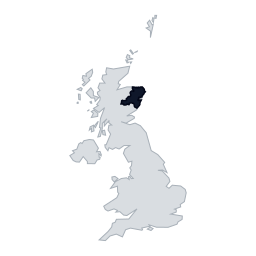 Aberdeenshire on a map of United Kingdom (Mercator projection)
{"feature_id": "GBR-2013", "entity_name": "Aberdeenshire", "entity_type": "Unitary District", "adm_level": 1, "iso_a3": "GBR", "parent_name": "United Kingdom", "parent_adm1": "", "projection": "mercator", "projection_center": [-2.632, 57.223], "detail": "fine", "context": "in_parent", "style": "filled", "palette": "ink", "viewbox_px": 256, "rotation_deg": 0, "n_neighbors": 0, "source": "natural_earth", "source_scale": "10m", "svg_char_len": 6127}
<svg xmlns="http://www.w3.org/2000/svg" viewBox="0 0 256 256"><path d="M137.0,208.9L126.9,215.5L123.7,215.1L119.9,211.7L115.8,212.1L117.5,210.4L114.0,208.9L108.0,211.0L105.3,209.5L103.7,206.2L116.8,197.7L118.8,193.5L117.7,192.2L117.4,186.2L110.5,188.4L115.4,181.7L121.4,178.5L126.5,177.8L129.2,179.5L128.4,176.8L129.6,176.2L131.3,178.6L133.3,178.5L129.6,174.5L131.2,170.1L129.8,167.9L131.5,165.6L131.9,161.2L128.4,162.2L123.4,153.4L124.9,149.1L129.9,145.5L123.9,145.6L119.1,149.0L115.6,147.6L112.5,149.4L109.0,147.7L107.9,150.8L105.2,147.4L104.8,144.8L106.2,144.7L110.6,134.1L108.1,130.0L108.9,125.2L111.7,125.0L108.7,122.6L109.2,120.4L104.3,126.0L104.2,122.3L106.9,118.8L102.3,123.3L102.3,128.5L100.3,136.5L97.8,137.0L100.9,127.9L99.5,127.6L100.5,118.4L104.6,107.6L99.1,112.4L93.5,108.4L98.2,105.5L96.7,104.5L99.9,100.2L100.2,97.3L97.5,94.1L97.4,92.2L100.0,90.5L98.0,87.8L99.7,83.1L105.0,83.1L101.9,78.9L102.8,75.1L106.7,74.6L105.8,71.9L106.6,67.8L113.5,69.0L129.7,66.2L127.9,73.3L118.7,81.4L118.2,83.7L120.3,84.5L117.0,89.8L126.9,86.9L141.3,87.0L143.7,89.0L144.7,92.1L136.2,110.2L126.7,116.0L131.7,115.3L134.5,117.0L134.2,118.4L126.1,123.1L121.1,121.7L129.8,124.7L135.1,123.1L140.4,125.7L146.2,132.7L151.2,150.6L157.8,154.6L164.7,162.4L163.3,164.3L167.0,172.6L162.5,170.0L157.9,170.3L162.2,170.9L168.9,178.0L169.9,181.4L166.2,186.4L169.0,188.3L172.3,185.2L180.7,186.0L185.2,189.4L186.2,192.8L184.4,201.6L180.2,204.5L180.7,206.9L174.5,209.1L176.3,209.8L176.2,212.1L170.7,214.1L182.3,216.0L182.1,219.4L178.0,221.9L177.0,224.2L168.1,227.3L156.4,227.2L149.0,224.8L150.0,226.2L141.8,228.0L142.6,229.8L141.7,230.2L130.4,228.1L125.6,229.7L122.4,236.9L116.3,234.1L110.0,236.0L105.4,240.6L99.1,239.9L108.1,231.5L111.7,227.0L112.4,223.3L115.1,222.3L116.4,219.3L128.8,219.0L137.0,208.9ZM94.8,163.7L87.4,163.6L87.4,161.5L83.2,156.6L79.4,162.1L76.1,161.9L73.2,160.5L69.8,155.6L74.4,152.8L72.5,150.7L76.8,149.2L78.8,143.9L80.7,142.6L82.1,143.5L83.9,140.7L89.4,139.5L93.5,140.0L98.4,148.2L96.5,151.8L100.0,151.4L101.3,154.7L101.1,155.9L98.9,153.7L99.1,157.1L100.2,157.3L99.7,159.3L97.1,160.0L94.8,163.7ZM92.7,72.3L91.2,76.3L88.5,78.4L90.0,80.0L83.8,86.0L82.3,84.6L85.0,82.2L82.6,80.4L83.4,79.3L82.2,78.3L82.9,75.5L86.5,76.2L85.9,73.7L92.2,69.2L92.7,72.3ZM93.3,91.4L93.4,95.6L98.9,97.5L95.2,101.4L94.6,98.0L91.2,98.0L86.1,92.8L90.8,87.8L93.3,91.4ZM149.6,20.2L152.1,24.8L153.3,24.2L150.4,37.6L150.5,31.1L146.1,28.0L149.5,26.8L147.2,23.0L149.6,20.2ZM97.7,116.4L91.3,117.5L93.4,113.3L91.3,111.6L93.8,110.0L97.9,113.3L97.7,116.4ZM114.9,176.4L118.0,178.6L114.2,181.9L112.1,179.5L111.9,177.0L114.9,176.4ZM93.5,125.2L94.0,130.9L91.4,131.9L91.5,128.3L89.3,130.1L90.2,126.8L93.5,125.2ZM129.8,55.7L129.5,57.8L133.2,58.9L128.4,59.8L126.2,57.5L127.4,54.6L129.8,55.7ZM105.6,135.2L102.9,134.6L102.4,130.7L104.6,130.2L105.6,135.2ZM153.1,228.6L151.0,230.5L147.3,229.1L150.2,227.1L153.1,228.6ZM95.4,127.6L94.2,126.0L98.3,121.2L97.4,123.6L95.4,127.6ZM80.8,87.5L82.2,88.7L81.1,90.8L77.2,89.3L80.8,87.5ZM80.3,99.9L78.8,99.5L78.4,94.1L80.1,94.3L80.3,99.9ZM153.4,22.5L152.0,20.4L152.8,17.6L154.0,18.4L153.4,22.5ZM133.5,53.6L132.5,54.2L129.8,50.5L130.7,49.9L133.5,53.6ZM128.4,62.6L127.1,62.9L125.7,60.0L127.2,60.1L128.4,62.6ZM156.6,15.4L156.0,18.4L154.8,18.1L154.9,15.4L156.6,15.4ZM137.1,51.7L134.3,52.6L137.3,51.1L137.1,51.7ZM91.8,103.1L91.0,103.4L89.9,102.0L91.2,101.3L91.8,103.1ZM131.6,61.9L130.7,63.5L129.9,62.0L131.6,61.9ZM88.8,110.4L87.2,111.1L89.3,109.6L88.8,110.4ZM78.4,103.1L77.3,103.4L76.9,103.0L77.9,102.0L78.4,103.1Z" fill="#d9dde1" stroke="#a8b0b8" stroke-width="1"/><path d="M132.5,87.0L133.2,87.0L133.3,87.1L133.4,87.3L133.5,87.3L133.8,87.2L134.0,87.3L134.4,87.2L135.4,87.5L135.8,87.5L135.9,87.8L136.0,87.8L136.1,87.6L136.3,87.5L136.5,87.5L137.0,87.8L137.1,87.6L137.3,87.8L137.5,87.8L137.6,87.7L137.8,87.5L138.1,87.6L138.3,87.7L138.4,87.4L138.6,87.2L138.9,87.2L139.4,87.6L139.7,87.6L140.0,87.6L140.7,87.0L140.9,87.0L142.2,87.0L142.2,87.3L142.3,87.5L142.5,87.6L142.8,87.5L143.0,87.6L143.1,87.9L144.1,89.0L144.3,89.4L144.3,89.8L144.4,90.2L144.5,90.5L144.5,90.9L144.6,91.2L145.0,91.5L144.8,91.6L144.7,91.7L144.7,91.9L144.8,92.0L145.0,92.1L144.9,92.2L144.6,92.4L144.1,93.1L143.9,93.5L143.9,93.8L142.7,95.0L142.4,95.4L141.6,97.5L141.6,97.3L141.3,97.2L141.1,97.2L140.9,97.2L140.6,97.3L140.4,97.6L140.2,97.6L139.9,97.3L139.7,97.2L139.4,97.2L139.0,97.2L138.8,97.3L138.7,97.5L138.6,97.8L138.6,98.1L138.8,98.3L138.9,98.5L139.0,98.8L138.9,99.2L138.7,99.4L138.4,99.4L138.1,99.4L138.0,99.6L138.0,99.9L138.0,100.2L138.1,100.5L138.4,100.6L138.7,100.6L139.0,100.4L139.3,100.3L139.7,100.2L140.1,100.2L140.6,100.0L140.9,100.0L141.3,100.0L140.3,101.9L139.9,102.7L139.8,103.5L139.9,103.8L139.9,104.0L139.9,104.3L139.7,104.6L139.5,105.1L139.4,105.4L139.0,105.7L138.7,106.1L138.4,106.7L138.2,106.9L137.5,107.3L137.3,107.5L137.1,107.7L137.0,108.0L136.9,107.9L136.6,107.9L136.3,107.9L135.8,107.3L135.1,107.2L134.8,107.0L134.3,106.1L134.3,105.9L134.2,105.5L134.4,105.0L134.4,104.8L134.2,104.6L134.1,104.2L133.6,103.8L133.4,103.4L133.2,103.3L132.6,103.3L132.4,102.9L131.9,102.7L131.6,102.7L131.2,103.0L130.1,103.0L129.7,103.1L129.4,103.3L129.3,103.6L129.1,104.6L128.9,104.7L128.5,104.4L128.0,104.3L127.1,103.9L127.0,104.4L126.9,104.5L126.3,104.7L126.0,104.9L125.7,104.9L125.3,104.9L124.9,105.1L124.4,104.7L123.9,104.8L123.7,104.8L123.7,104.7L123.7,104.1L123.4,103.9L123.0,104.0L122.6,103.9L122.3,104.1L122.0,104.1L121.8,104.0L121.6,103.8L121.0,103.9L121.2,103.1L121.5,102.8L121.6,102.6L121.5,101.8L121.7,101.1L121.6,100.9L121.7,100.7L122.4,100.3L122.6,100.5L123.1,100.6L123.9,100.6L124.7,100.6L125.3,100.6L125.9,100.5L126.3,100.4L126.6,100.2L126.6,99.9L126.4,99.6L126.3,99.4L126.3,99.2L126.3,98.8L126.5,98.6L126.7,98.4L127.1,98.3L127.3,97.9L127.6,97.5L127.9,97.2L128.1,96.8L128.7,96.5L128.9,96.4L129.3,96.4L129.6,96.6L129.8,96.6L130.0,96.6L130.3,96.4L130.5,95.9L130.8,95.3L130.8,94.9L130.7,94.5L130.5,94.1L130.3,93.7L130.2,93.3L130.2,92.6L130.5,92.0L131.1,91.4L131.6,91.0L132.1,91.0L132.6,91.0L133.0,91.2L133.5,91.4L133.8,91.2L133.8,90.8L133.7,90.5L133.3,90.0L132.9,89.6L132.4,88.6L132.4,87.7L132.5,87.2L132.5,87.0Z" fill="#0f172a" stroke="#020617" stroke-width="1.5"/></svg>